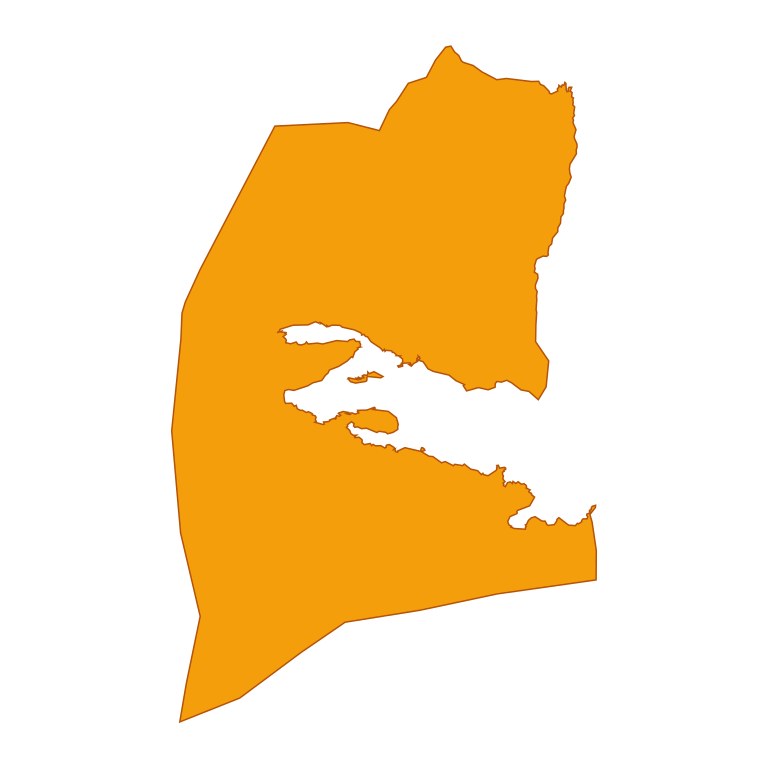 the district of Unjárga sme 1, Finnmark, Norway
{"feature_id": "86288312B72047105202096", "entity_name": "Unjárga sme 1", "entity_type": "district", "adm_level": 2, "iso_a3": "NOR", "parent_name": "Norway", "parent_adm1": "Finnmark", "projection": "albers", "projection_center": [28.889, 70.128], "detail": "fine", "context": "isolated", "style": "filled", "palette": "amber", "viewbox_px": 768, "rotation_deg": 0, "n_neighbors": 0, "source": "geoboundaries", "source_scale": "gbopen_adm2", "svg_char_len": 6091}
<svg xmlns="http://www.w3.org/2000/svg" viewBox="0 0 768 768"><path d="M450.9,46.1L445.6,47.2L435.5,60.1L426.4,77.4L408.3,83.3L396.5,101.5L389.4,109.6L379.4,130.6L348.0,122.6L274.9,126.1L200.2,269.4L185.3,302.0L182.0,313.1L180.9,339.2L171.7,430.9L180.6,533.0L200.2,616.3L186.3,683.6L179.8,721.9L239.8,698.0L300.8,652.6L345.1,622.2L419.6,610.3L497.2,593.9L596.1,579.9L596.3,550.5L592.1,522.1L589.9,514.5L591.0,513.1L590.3,512.2L591.5,512.5L595.4,507.5L595.6,505.3L592.2,506.3L591.1,508.3L591.3,509.6L589.5,510.3L589.5,511.4L590.2,511.9L590.0,512.7L586.8,514.2L586.7,515.4L587.8,516.9L587.1,518.8L583.0,518.9L581.7,520.4L581.6,521.8L578.6,523.8L577.4,523.3L575.4,525.6L568.5,525.1L558.9,517.7L557.0,519.3L556.8,520.9L554.3,524.6L548.4,525.4L547.1,524.8L545.1,521.1L542.0,521.1L535.1,516.7L531.2,517.9L528.4,520.4L526.6,524.3L525.3,524.9L526.2,526.5L525.5,527.2L525.4,529.2L514.3,528.5L510.9,527.1L511.6,526.3L509.0,524.9L507.7,521.5L510.0,516.6L516.9,513.6L517.2,512.6L516.8,511.8L517.4,510.5L529.7,505.8L534.6,497.1L531.5,494.7L531.7,494.1L531.2,493.2L529.1,492.2L528.8,491.5L530.1,489.9L526.1,488.0L526.6,487.3L526.2,485.4L524.0,483.7L521.3,484.2L518.1,481.7L515.8,483.5L513.0,481.4L512.4,483.5L510.2,481.9L507.5,482.7L505.3,486.7L503.4,485.5L503.9,484.2L503.0,483.2L505.0,481.7L502.9,479.0L503.4,475.8L502.7,475.1L502.5,472.2L504.3,471.2L503.9,470.3L504.4,469.4L505.6,469.5L505.6,468.0L504.4,467.3L499.6,468.2L498.3,465.3L496.7,465.5L497.1,466.7L496.6,467.9L496.9,469.1L496.0,470.5L488.1,475.7L483.7,474.7L482.9,473.3L481.3,474.6L477.7,470.7L470.6,469.1L464.3,464.1L462.6,465.6L454.7,464.3L453.4,465.7L445.2,461.6L441.5,462.8L432.9,456.6L428.9,456.2L421.4,451.6L424.7,450.5L424.3,450.0L424.6,449.3L422.6,447.7L421.6,447.7L420.8,450.0L421.3,451.0L420.9,451.4L404.9,447.7L397.7,451.0L397.9,451.9L397.3,452.3L395.4,451.5L395.1,450.6L395.5,450.2L394.8,449.5L395.1,448.9L393.6,449.5L394.5,448.1L393.9,447.3L389.3,444.5L386.7,445.1L386.0,446.1L386.2,447.2L384.8,448.0L380.9,445.7L375.4,445.8L373.1,444.4L371.6,445.6L370.3,443.5L364.4,444.6L362.0,442.7L362.2,440.2L361.7,439.4L359.0,437.2L354.9,437.6L354.5,436.6L356.5,435.2L353.4,435.3L350.8,433.5L349.7,430.4L346.4,427.4L347.7,426.3L347.4,424.8L351.4,421.7L354.0,423.6L353.6,425.9L354.8,427.3L357.5,426.8L361.6,428.7L366.5,428.2L376.8,432.5L379.1,431.3L385.7,432.3L387.6,433.8L393.0,432.4L397.8,429.4L397.7,426.6L398.3,424.5L396.4,417.7L388.3,411.4L373.0,409.5L375.2,408.1L374.4,407.3L366.8,410.1L357.9,410.3L358.5,411.0L357.5,411.5L358.7,412.9L355.0,414.1L352.1,412.9L349.9,413.2L350.4,414.3L349.2,414.5L346.2,413.6L349.3,412.6L343.1,411.5L338.5,413.1L338.3,413.5L340.7,415.2L339.4,416.3L336.8,415.6L335.8,417.2L336.2,417.8L335.7,418.9L334.4,419.1L335.2,418.7L334.7,418.2L329.6,420.0L329.8,420.7L328.4,421.6L323.5,422.0L324.3,424.1L323.1,424.5L314.8,422.2L316.2,421.4L315.4,419.2L316.1,417.3L315.3,415.9L312.2,414.8L312.5,414.0L312.0,413.5L308.5,411.7L306.3,412.5L302.4,410.2L300.5,410.4L297.3,408.8L296.2,405.3L294.2,406.3L291.7,403.2L285.7,403.4L284.6,401.6L283.8,394.9L284.8,390.6L288.4,389.5L294.0,390.4L307.8,385.8L312.9,382.8L321.7,380.5L325.4,375.3L328.0,373.1L329.4,370.0L338.7,366.4L347.1,361.1L351.5,356.8L352.7,357.5L354.9,351.7L358.1,349.1L357.5,347.8L360.6,347.0L360.0,346.8L360.6,344.3L359.6,342.7L359.7,341.6L355.7,341.3L354.1,339.1L349.5,339.9L347.6,341.5L336.5,340.6L322.7,344.0L317.2,343.1L308.2,344.0L306.4,341.9L305.2,343.7L301.4,345.0L297.9,344.4L296.2,342.0L290.7,343.8L285.7,342.7L286.3,340.4L286.0,339.3L283.1,336.6L286.1,334.4L284.9,333.3L286.8,332.7L281.0,331.9L281.6,331.1L277.1,332.7L279.7,331.0L279.6,329.9L280.3,329.2L293.1,325.2L308.0,324.9L315.5,321.7L318.7,323.1L319.9,322.3L321.1,323.0L320.6,323.7L322.1,323.5L326.7,326.8L326.8,325.5L328.6,326.6L332.1,325.1L340.0,325.4L342.3,327.2L354.1,329.8L360.7,332.8L361.5,333.6L361.6,335.1L363.9,334.4L365.5,336.4L367.5,336.8L371.0,341.7L380.4,348.0L382.8,350.9L384.4,349.3L385.0,351.3L386.1,350.3L391.8,350.9L392.3,352.4L393.7,352.4L396.7,355.1L396.2,355.6L400.4,355.9L399.5,356.6L402.5,358.9L402.7,361.3L402.2,363.0L401.3,363.3L400.9,365.0L397.8,365.9L398.6,367.2L402.6,366.2L402.7,364.9L401.8,364.6L402.7,363.2L410.3,362.9L410.9,364.3L409.0,364.6L411.3,366.2L413.8,363.4L417.5,361.5L416.8,360.7L417.2,359.3L416.8,358.5L418.4,357.3L418.2,355.9L419.7,357.3L419.9,358.7L417.5,359.9L423.1,361.7L428.0,368.8L433.3,371.4L449.0,375.1L455.8,380.6L464.5,384.6L463.2,385.6L466.6,390.9L478.5,387.6L488.1,389.8L495.1,387.3L495.3,383.5L496.9,381.5L501.6,382.1L506.7,380.3L511.5,382.7L521.0,389.9L528.9,391.4L538.3,399.7L546.1,386.9L548.7,360.9L535.6,341.7L535.9,324.7L536.7,312.2L536.1,309.7L536.8,299.6L536.5,295.6L537.2,291.6L535.5,288.6L535.4,284.9L538.0,278.2L537.6,274.2L534.3,272.1L535.1,268.6L534.5,265.9L536.4,259.6L537.4,258.7L543.0,256.1L546.7,256.4L548.3,255.0L548.0,252.3L548.9,246.5L551.6,244.0L552.6,238.0L557.8,231.7L557.8,227.9L560.5,223.3L560.9,216.9L563.4,213.5L563.4,210.7L564.0,208.2L563.9,204.1L565.7,200.0L564.4,196.0L566.3,186.5L568.8,183.1L571.2,177.2L569.8,172.7L569.4,168.7L570.0,164.2L576.4,153.8L576.2,149.9L577.0,147.4L577.0,144.1L574.5,138.5L574.1,136.4L576.0,129.7L573.0,122.8L573.5,120.1L572.6,118.0L574.5,115.6L573.7,113.2L574.7,106.9L572.8,104.9L573.2,102.9L572.9,99.6L573.5,98.0L571.6,96.8L572.1,92.5L570.2,91.1L571.7,87.3L569.2,87.2L568.2,88.7L568.4,91.4L567.0,91.7L566.2,89.6L565.9,83.4L564.9,82.4L564.0,85.1L562.2,84.9L561.3,87.0L558.9,85.3L558.8,87.2L557.3,88.9L557.7,91.1L551.2,94.0L549.3,92.9L549.3,91.8L548.7,90.9L543.8,85.8L540.4,84.4L538.7,81.3L531.3,81.5L506.4,78.5L496.8,79.7L482.1,72.0L473.1,65.5L463.4,62.4L461.4,60.9L458.8,55.6L454.5,51.9L450.9,46.1ZM383.0,376.5L374.0,371.7L369.3,373.6L367.8,372.1L367.9,373.7L366.9,375.4L363.8,374.9L362.2,376.0L363.9,377.2L363.7,378.0L361.3,377.9L361.0,379.1L359.7,379.4L359.2,378.9L360.3,378.1L358.3,377.1L358.0,377.7L358.5,378.2L357.1,378.2L357.5,379.1L356.5,378.6L357.1,379.5L348.5,377.8L347.8,378.8L349.1,379.0L348.9,379.8L350.7,381.8L355.6,383.1L365.4,381.5L366.7,380.8L367.0,379.0L366.6,377.7L367.7,376.5L380.8,377.8L383.0,376.5Z" fill="#f59e0b" stroke="#b45309" stroke-width="1.5"/></svg>